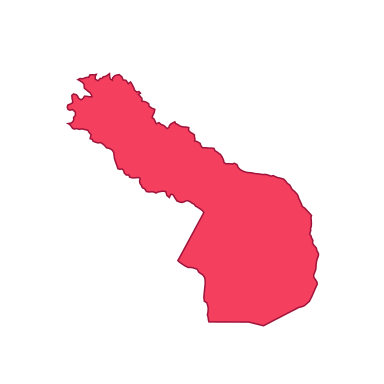 Belo Campo, Bahia, Brazil, rotated 317°
{"feature_id": "56859067B86172469264415", "entity_name": "Belo Campo", "entity_type": "district", "adm_level": 2, "iso_a3": "BRA", "parent_name": "Brazil", "parent_adm1": "Bahia", "projection": "mercator", "projection_center": [-41.2, -14.961], "detail": "fine", "context": "isolated", "style": "filled", "palette": "rose", "viewbox_px": 384, "rotation_deg": 317, "n_neighbors": 0, "source": "geoboundaries", "source_scale": "gbopen_adm2", "svg_char_len": 3742}
<svg xmlns="http://www.w3.org/2000/svg" viewBox="0 0 384 384"><g transform="rotate(317 192 192)"><path d="M185.2,32.0L185.8,33.8L186.6,37.0L186.6,39.5L185.3,41.0L184.0,42.7L184.4,45.1L184.7,47.6L185.2,50.3L184.6,52.5L183.7,54.1L181.9,52.3L180.2,50.1L178.7,48.6L176.3,49.3L173.7,49.0L173.0,46.1L173.7,44.0L173.8,42.1L172.3,39.5L170.0,39.4L168.3,41.5L166.9,43.8L165.7,45.3L163.4,44.8L160.4,43.7L158.6,44.9L157.7,47.0L158.4,48.9L160.8,50.2L161.2,53.8L159.1,56.4L156.2,56.7L154.7,58.6L153.0,59.2L150.8,59.2L148.0,57.4L148.6,59.3L148.5,61.4L148.1,63.6L148.6,65.5L150.9,67.0L152.4,69.4L154.6,70.8L156.2,73.3L157.9,75.7L157.3,78.8L157.3,81.3L155.6,82.3L153.8,83.6L155.0,85.1L154.3,87.4L155.3,89.6L156.7,92.0L158.9,93.6L159.5,96.0L159.8,98.6L159.6,101.3L160.9,103.2L161.8,105.0L162.2,107.3L161.6,109.8L159.8,112.3L158.1,114.7L157.2,116.5L156.2,118.7L155.0,121.7L153.7,124.4L154.7,126.2L156.6,127.4L156.6,129.5L155.4,132.1L155.5,134.8L157.5,136.6L156.5,138.5L157.9,140.9L160.4,143.1L162.6,144.7L163.4,146.7L161.1,148.2L159.8,150.3L159.4,152.8L158.6,155.0L159.6,157.3L159.0,160.6L160.8,162.9L162.9,164.5L164.3,166.3L164.9,168.2L166.9,168.7L169.2,170.1L171.4,171.7L173.1,173.8L171.3,177.4L171.7,180.6L173.4,179.8L175.4,179.4L176.3,181.6L175.7,183.4L175.3,185.8L174.9,188.5L176.5,191.5L177.6,192.9L179.8,193.9L182.0,194.5L183.2,196.0L184.0,197.9L184.5,200.5L185.3,202.4L185.0,204.8L185.7,206.8L186.4,209.8L186.9,212.2L186.7,215.1L141.7,230.3L134.9,232.5L135.0,234.8L135.7,238.0L136.5,241.3L137.7,244.5L139.2,245.9L141.0,248.1L143.2,252.2L142.3,255.0L142.6,257.1L143.4,260.0L142.8,263.6L141.0,265.9L139.6,267.6L129.1,276.8L126.5,280.3L127.3,283.0L126.1,285.6L124.7,287.9L121.8,290.7L119.4,292.4L118.4,294.6L116.7,296.8L115.8,298.6L144.7,325.7L153.1,338.6L164.4,341.7L191.2,349.2L194.3,350.9L196.6,351.8L203.3,352.0L208.7,350.0L214.9,347.3L220.8,344.8L222.1,342.8L222.6,340.0L222.8,337.6L224.6,335.5L226.7,334.6L229.5,333.2L231.6,331.4L233.4,329.6L235.7,327.8L237.2,326.7L239.3,325.7L241.2,324.7L242.6,323.1L243.3,320.1L244.7,317.8L244.8,315.9L244.8,314.1L245.2,311.7L247.5,309.7L248.0,307.4L249.0,305.5L249.5,302.9L252.4,301.3L253.9,299.5L255.9,298.4L258.2,296.1L260.2,293.7L261.5,291.9L263.4,290.7L263.5,280.8L262.8,278.0L263.9,275.0L264.8,272.6L265.7,269.6L266.9,267.3L267.4,264.9L267.4,261.9L267.0,258.4L267.7,255.6L268.2,253.5L267.6,250.7L267.9,248.1L267.9,245.2L266.1,242.2L264.4,239.7L263.5,237.8L262.5,235.3L260.6,234.3L259.5,231.9L257.6,229.1L255.7,227.5L253.3,224.5L250.5,221.3L248.7,218.6L247.2,217.0L245.9,215.6L244.4,213.3L243.3,211.0L242.5,208.2L242.5,205.5L243.6,202.5L242.5,199.8L240.7,199.1L238.6,196.7L236.1,194.5L235.5,192.2L236.8,190.2L237.9,187.0L238.4,183.9L237.9,181.6L237.6,179.7L236.9,177.6L237.8,175.1L236.5,173.4L234.4,171.5L233.0,169.9L231.6,168.4L229.9,166.9L230.0,164.4L231.1,162.0L230.1,158.5L228.7,156.4L230.5,155.1L231.4,153.3L232.7,151.9L232.3,149.7L231.5,146.9L231.5,144.6L233.6,142.7L232.0,140.5L230.0,138.5L228.2,135.7L227.5,132.6L226.7,130.7L227.3,129.0L225.5,128.4L223.0,127.8L220.9,128.0L218.9,129.1L216.9,128.4L217.0,126.1L216.6,123.8L215.4,121.3L215.2,118.8L212.4,117.7L213.1,115.5L214.0,112.7L213.6,110.4L215.7,109.2L218.5,108.1L221.2,106.2L219.9,103.6L219.1,100.0L220.5,97.9L220.1,95.8L218.8,93.2L217.3,91.5L219.2,89.4L219.4,86.7L219.4,84.1L221.7,84.6L221.7,82.3L219.8,81.4L219.4,78.5L220.7,75.5L221.7,71.9L222.1,69.6L219.3,69.4L219.9,65.3L218.1,63.1L219.2,60.0L218.9,56.6L216.6,55.0L214.6,54.3L211.9,54.4L209.9,55.9L209.3,53.4L210.6,51.3L212.4,49.2L209.5,48.8L207.6,48.5L205.8,47.2L203.7,47.6L202.3,46.3L199.2,46.6L198.2,43.7L199.7,41.7L202.2,40.7L200.2,39.5L198.7,37.9L197.3,36.7L194.7,37.6L192.8,36.1L190.9,35.3L189.0,34.4L187.5,32.6L185.2,32.0Z" fill="#f43f5e" stroke="#9f1239" stroke-width="1.5"/></g></svg>